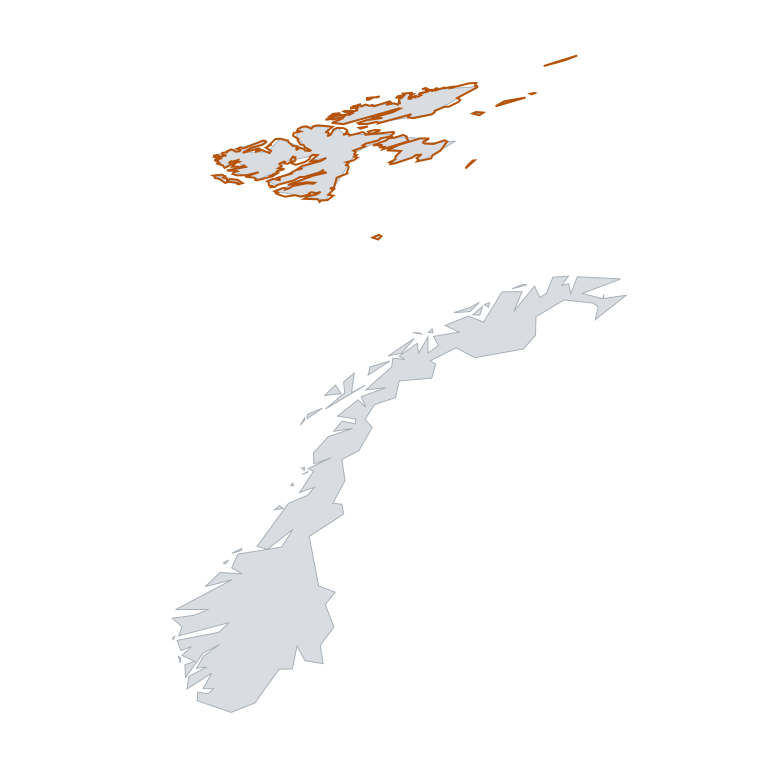 Svalbard on a map of Norway (Robinson projection), rotated 346°
{"feature_id": "NOR-901", "entity_name": "Svalbard", "entity_type": "Territory", "adm_level": 1, "iso_a3": "NOR", "parent_name": "Norway", "parent_adm1": "", "projection": "robinson", "projection_center": [18.37, 77.559], "detail": "fine", "context": "in_parent", "style": "outline", "palette": "amber", "viewbox_px": 768, "rotation_deg": 346, "n_neighbors": 0, "source": "natural_earth", "source_scale": "10m", "svg_char_len": 9867}
<svg xmlns="http://www.w3.org/2000/svg" viewBox="0 0 768 768"><g transform="rotate(346 384 384)"><path d="M462.6,366.3L434.4,372.7L438.9,377.2L431.8,389.8L399.5,384.7L392.0,399.9L369.9,401.7L356.9,413.7L362.1,423.3L343.6,442.5L324.8,447.1L322.8,468.3L305.5,487.3L314.0,490.5L313.4,500.4L274.5,513.9L271.7,564.3L286.3,574.2L273.7,583.7L276.6,607.8L258.9,622.0L257.3,640.6L240.4,633.4L236.2,617.2L226.2,638.3L213.1,635.4L181.5,662.3L156.3,665.7L126.1,646.1L128.8,638.1L138.8,642.1L144.8,638.5L134.9,635.8L146.9,622.9L119.1,632.2L123.8,620.6L143.6,615.7L133.4,614.5L143.0,604.4L161.6,596.9L143.5,601.3L120.4,620.7L122.9,608.3L133.2,607.3L122.4,598.6L133.8,592.1L122.5,593.5L121.3,582.7L163.6,585.0L176.0,578.1L123.8,578.7L129.4,570.7L122.0,560.1L144.3,562.5L159.3,560.3L127.2,552.5L189.5,537.1L161.5,537.4L179.5,527.2L200.5,534.0L191.7,525.6L201.1,513.7L245.4,517.5L260.4,502.9L231.1,516.1L221.5,510.9L262.4,476.7L283.1,473.5L291.6,467.4L275.8,468.9L294.6,451.5L289.8,447.8L314.9,442.7L296.6,444.5L298.9,433.9L317.1,421.6L342.8,419.5L323.8,417.7L334.2,409.9L346.4,415.7L348.4,411.3L331.2,403.9L355.0,393.1L360.7,402.0L358.8,390.8L385.0,388.0L364.9,385.3L395.6,369.3L398.7,361.2L410.2,365.2L405.5,360.7L425.9,352.6L425.1,362.4L438.0,349.0L434.1,364.5L446.1,359.9L443.7,349.8L469.5,351.8L457.4,341.9L482.4,338.5L495.6,348.0L520.8,323.2L540.3,327.8L527.5,344.9L553.7,325.5L556.2,337.7L563.6,335.2L573.8,321.2L589.0,324.0L580.4,331.2L587.5,331.4L587.0,341.6L597.5,326.7L639.1,339.3L598.4,344.1L616.7,354.1L640.4,356.5L604.5,372.7L610.5,361.1L606.4,356.0L578.9,346.0L547.8,355.5L542.7,373.5L527.7,383.7L478.7,380.5L462.6,366.3ZM365.9,115.1L392.0,120.4L389.1,129.5L401.2,124.7L405.9,132.3L451.5,143.8L414.0,151.8L371.8,191.6L325.9,171.1L376.0,162.4L327.8,165.2L321.2,159.6L380.6,151.0L368.4,149.0L374.1,145.5L339.0,144.2L337.8,151.0L312.5,154.9L283.6,139.2L301.0,139.1L294.5,131.6L281.3,135.2L273.9,121.3L323.7,119.0L327.4,121.2L304.5,125.5L327.4,130.5L342.4,121.1L366.9,138.6L358.8,122.4L365.9,115.1ZM423.0,107.5L465.2,115.1L476.5,107.5L481.5,108.4L478.6,112.6L499.4,109.6L546.1,118.0L493.7,133.8L429.9,127.2L422.4,125.0L440.6,121.5L406.6,121.2L398.9,117.5L408.8,115.3L393.4,113.4L416.8,113.9L414.0,110.1L423.4,111.9L423.0,107.5ZM455.3,147.0L486.9,156.9L481.4,160.4L512.2,165.6L477.0,176.2L470.5,175.3L474.6,170.1L444.6,172.1L456.6,161.9L432.1,149.6L455.3,147.0ZM350.4,384.6L365.6,380.6L321.0,394.1L343.7,383.2L345.3,372.2L357.8,366.2L350.4,384.6ZM374.6,364.0L395.2,363.1L370.8,371.5L374.6,364.0ZM394.9,357.8L424.3,347.1L408.7,358.4L394.9,357.8ZM270.0,140.2L290.4,150.5L295.0,155.0L278.6,149.9L270.0,140.2ZM336.7,373.3L340.0,383.1L323.7,380.7L336.7,373.3ZM496.2,327.8L485.0,334.5L469.1,331.7L487.3,330.4L496.2,327.8ZM498.4,332.6L493.6,340.4L486.8,338.3L498.4,332.6ZM302.4,394.9L318.3,392.6L300.8,399.1L302.4,394.9ZM649.7,112.4L616.0,114.0L650.8,112.1L649.7,112.4ZM570.4,138.8L590.4,140.2L560.3,141.3L570.4,138.8ZM531.1,322.6L542.8,320.8L546.7,322.4L531.1,322.6ZM506.1,330.6L503.9,334.8L500.6,331.2L506.1,330.6ZM444.1,342.0L444.0,346.2L439.4,344.7L444.1,342.0ZM415.4,238.2L413.9,242.2L408.5,239.0L415.4,238.2ZM545.9,144.8L536.6,144.2L535.6,142.8L545.9,144.8ZM253.0,476.7L256.0,480.4L247.2,479.6L253.0,476.7ZM424.1,341.1L430.0,342.7L433.4,345.1L424.1,341.1ZM399.5,109.6L403.3,111.6L397.4,110.8L399.5,109.6ZM205.6,511.0L195.4,511.4L206.2,509.1L205.6,511.0ZM190.6,517.2L186.5,520.4L185.0,518.8L190.6,517.2ZM298.2,400.1L292.7,403.6L298.8,397.7L298.2,400.1ZM120.4,600.2L118.8,605.3L118.6,598.6L120.4,600.2ZM285.7,448.5L283.5,445.6L286.7,445.8L285.7,448.5ZM619.0,350.0L618.0,353.6L617.6,352.9L619.0,350.0ZM288.4,451.3L282.6,451.9L289.6,450.6L288.4,451.3ZM271.2,457.9L271.6,460.8L268.9,459.9L271.2,457.9ZM119.8,578.4L117.1,581.5L117.9,578.9L119.8,578.4Z" fill="#d9dde1" stroke="#a8b0b8" stroke-width="1"/><path d="M437.9,146.2L424.2,146.4L421.2,147.3L422.9,148.8L410.8,150.2L412.5,151.8L410.7,154.0L412.9,155.1L410.1,156.2L413.1,157.9L408.3,159.6L401.4,159.7L403.0,160.6L400.1,162.3L401.9,163.4L402.2,165.2L399.3,169.4L399.6,170.8L388.0,172.4L383.0,181.3L378.8,181.1L382.7,182.8L375.7,186.9L380.4,189.0L373.7,191.9L367.1,190.7L365.6,191.8L364.6,188.8L351.2,185.0L355.9,183.4L364.0,183.8L369.0,182.3L364.3,182.5L360.4,180.4L357.5,180.8L357.9,182.0L348.6,182.1L343.4,179.3L333.3,178.3L325.4,173.2L325.2,172.3L326.8,172.3L324.5,170.5L333.6,169.3L336.2,170.5L335.3,171.4L338.1,171.4L343.9,169.8L357.7,170.6L364.0,172.6L365.5,172.0L357.6,169.5L338.8,167.6L366.1,164.7L379.6,165.0L373.9,162.9L377.6,161.5L372.1,163.2L356.8,163.8L352.9,162.8L344.9,164.8L329.3,165.0L325.5,166.4L321.8,165.7L323.3,164.6L320.4,163.5L320.9,160.3L319.6,159.0L325.9,158.1L332.1,161.0L332.5,159.7L330.6,158.1L344.2,157.6L343.6,157.2L350.8,154.9L355.5,155.4L356.1,155.0L353.8,153.8L357.3,152.6L376.6,152.4L382.7,150.6L375.1,151.7L366.4,150.2L374.9,145.8L370.3,144.3L367.1,145.8L366.2,147.6L360.9,149.5L351.4,150.0L347.3,147.1L352.0,145.7L352.6,144.1L351.4,142.7L352.4,142.3L350.7,141.3L347.6,143.8L348.5,145.5L343.8,147.0L340.8,145.9L341.6,145.0L341.1,144.0L334.9,145.2L336.4,145.6L337.1,147.9L333.6,149.1L339.4,151.5L331.8,151.6L331.1,152.1L332.4,153.4L328.1,154.8L328.5,153.8L326.3,154.0L325.9,155.2L322.6,154.3L324.4,155.5L310.0,155.7L308.4,154.7L309.2,153.7L308.2,152.5L299.5,149.4L313.7,148.2L300.8,148.1L292.1,146.1L287.9,143.7L290.3,141.9L293.0,142.0L292.4,141.5L283.1,138.7L302.6,140.0L301.4,138.1L295.4,138.6L293.9,138.4L296.1,138.0L289.2,136.5L293.9,133.6L297.0,133.3L295.7,132.7L296.8,131.4L292.1,131.5L293.4,132.7L292.3,133.1L289.8,130.9L288.1,131.2L287.4,131.8L290.0,133.9L281.6,135.8L280.4,132.8L275.7,129.9L277.0,129.5L276.0,129.0L276.9,127.6L273.4,126.1L281.8,125.6L276.4,124.9L279.2,123.7L286.5,124.1L282.6,122.4L283.0,120.6L287.8,121.1L287.9,120.2L292.9,119.4L296.3,122.7L300.4,123.3L301.4,122.2L298.4,120.2L302.2,119.6L304.5,121.5L325.5,118.5L327.9,119.5L328.2,120.9L324.3,122.4L312.3,122.7L302.8,125.5L319.4,125.0L320.0,125.5L316.2,126.5L316.0,127.6L322.0,127.4L328.8,132.2L330.8,130.5L326.5,126.1L333.1,124.4L330.9,124.1L337.8,120.1L342.8,120.9L349.9,124.7L349.9,126.2L353.0,130.8L357.6,132.7L355.6,134.7L355.9,135.6L359.3,134.5L363.2,136.6L363.7,138.3L368.4,140.0L369.3,139.6L364.5,135.0L363.8,132.9L360.7,131.2L359.1,126.4L360.2,125.6L355.8,121.1L357.1,118.7L364.0,118.8L361.1,117.1L362.2,115.7L366.7,114.7L371.0,115.2L375.3,118.7L377.7,116.8L382.7,117.1L396.3,122.0L387.9,125.9L390.5,125.9L391.1,127.1L390.9,128.6L388.9,129.9L392.7,129.2L396.4,125.0L400.4,124.1L406.7,126.0L409.3,128.3L409.8,129.4L408.6,130.2L409.3,131.1L404.5,132.3L408.7,132.4L410.4,133.2L410.4,134.6L424.4,134.4L426.9,136.8L426.5,137.7L454.0,141.7L453.4,142.6L454.2,143.0L451.0,144.7L451.4,145.6L439.8,144.8L437.9,146.2ZM546.4,114.2L544.4,116.5L546.5,117.6L546.4,118.7L524.1,124.2L526.7,126.7L524.6,128.3L514.0,130.6L509.6,129.7L499.2,131.2L498.8,132.7L495.5,133.9L476.7,133.1L471.9,131.2L472.0,130.0L475.9,128.8L441.4,129.7L442.0,129.1L439.9,127.9L431.1,127.7L422.6,125.8L421.7,124.5L431.2,123.8L446.9,125.5L435.6,122.9L458.3,122.4L466.4,120.6L465.4,120.2L407.6,122.1L396.5,118.0L405.0,116.9L405.9,116.4L403.9,116.4L405.7,115.8L407.7,116.5L410.0,114.9L398.6,115.1L397.2,114.5L400.7,114.5L391.2,113.5L395.3,112.5L407.3,112.6L406.2,112.3L415.6,114.4L420.7,113.2L414.8,112.4L410.8,109.8L411.6,109.6L422.1,112.1L425.1,112.0L422.8,111.5L425.1,109.8L423.7,109.7L426.0,109.1L418.7,108.7L419.2,107.6L422.1,108.1L421.8,107.0L428.0,107.6L429.1,109.2L433.8,108.4L437.1,110.6L441.2,110.4L439.7,111.2L441.5,112.1L457.7,111.1L458.6,112.1L453.8,113.7L461.4,114.0L465.1,116.3L466.4,115.1L468.3,115.7L466.1,114.7L468.0,114.7L466.5,114.0L467.6,111.3L469.6,110.6L465.6,109.1L467.5,108.1L471.2,108.4L470.1,109.6L472.4,110.1L471.5,109.6L473.7,108.6L472.7,106.8L482.3,108.3L478.4,109.0L482.3,109.9L477.5,111.5L476.8,113.1L478.8,113.8L480.5,113.7L478.1,112.9L481.7,112.5L483.3,113.4L483.2,112.3L484.4,112.2L486.1,113.6L489.9,112.7L488.3,111.3L489.0,110.5L493.2,111.1L491.2,110.4L496.0,111.1L499.4,110.2L495.3,109.7L497.0,109.3L502.7,110.3L500.6,110.7L501.5,111.4L506.4,109.6L507.4,110.2L505.8,111.5L515.1,110.9L513.0,111.4L522.2,112.2L521.0,112.9L539.1,112.8L546.4,114.2ZM503.9,164.0L495.4,171.1L486.3,174.0L484.4,176.5L470.1,176.0L471.8,174.9L470.3,172.8L476.2,170.0L472.9,171.0L473.3,170.2L470.5,169.5L466.2,171.2L447.5,172.6L443.6,172.2L444.6,171.2L442.9,170.3L449.4,168.8L450.1,166.1L456.8,162.0L443.3,158.0L457.1,155.5L478.5,154.5L487.2,156.7L481.1,158.2L480.3,159.4L481.5,160.5L490.3,163.1L501.8,162.1L503.9,164.0ZM466.8,154.3L439.4,155.9L441.7,154.1L436.3,153.2L439.7,152.5L439.5,151.5L430.9,149.7L445.4,148.1L448.0,146.4L453.5,147.6L463.0,147.0L465.9,149.4L465.3,150.5L466.8,154.3ZM295.4,154.9L291.2,155.0L289.9,154.1L290.6,153.4L282.3,150.2L278.5,150.5L273.7,145.0L269.6,143.1L270.0,141.5L268.8,140.5L277.3,141.7L280.2,144.0L278.0,144.9L281.4,146.7L281.0,148.5L284.2,148.1L291.2,150.3L295.4,154.9ZM615.9,114.1L650.9,112.0L638.0,113.6L615.9,114.1ZM568.8,138.8L590.6,140.3L559.5,141.5L568.8,138.8ZM429.6,135.3L435.8,135.3L441.9,136.8L434.0,138.2L428.8,137.1L430.3,136.7L429.6,135.3ZM415.0,238.0L417.2,240.0L413.4,242.4L408.3,239.2L415.0,238.0ZM546.1,144.7L541.5,146.3L535.4,143.0L539.0,142.3L546.1,144.7ZM402.8,111.7L396.7,110.8L399.9,109.5L407.1,110.6L402.8,111.7ZM421.7,129.4L430.8,130.2L422.9,130.6L421.7,129.4ZM524.1,188.7L525.9,189.0L515.3,194.6L517.7,192.4L524.1,188.7ZM274.3,122.1L280.2,123.3L276.0,123.7L274.7,122.9L276.5,122.7L274.3,122.1ZM440.7,103.9L435.7,102.3L443.6,103.3L440.7,103.9ZM446.4,104.2L443.9,103.6L449.5,103.9L446.4,104.2ZM278.8,121.9L273.3,121.2L279.3,121.7L278.8,121.9ZM495.5,108.0L496.6,107.9L499.0,109.0L495.5,109.1L495.5,108.0ZM427.2,107.3L425.0,107.0L429.5,106.8L427.2,107.3ZM497.4,107.3L496.2,107.6L492.2,107.2L495.4,106.9L497.4,107.3ZM596.3,137.9L600.3,137.9L600.8,138.2L597.5,138.7L596.3,137.9ZM440.2,104.2L438.2,104.5L435.4,104.2L440.2,104.2Z" fill="none" stroke="#b45309" stroke-width="2"/></g></svg>